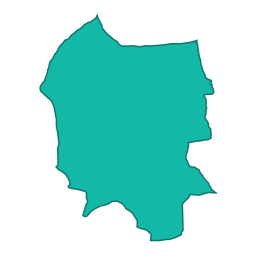 Middle Bush Tanna, Tafea, Vanuatu (Natural Earth projection)
{"feature_id": "77236927B24909731902413", "entity_name": "Middle Bush Tanna", "entity_type": "district", "adm_level": 2, "iso_a3": "VUT", "parent_name": "Vanuatu", "parent_adm1": "Tafea", "projection": "natural_earth1", "projection_center": [169.321, -19.465], "detail": "fine", "context": "isolated", "style": "filled", "palette": "teal", "viewbox_px": 256, "rotation_deg": 0, "n_neighbors": 0, "source": "geoboundaries", "source_scale": "gbopen_adm2", "svg_char_len": 3737}
<svg xmlns="http://www.w3.org/2000/svg" viewBox="0 0 256 256"><path d="M213.9,91.8L213.5,91.0L213.0,88.6L211.9,86.6L212.1,84.9L211.6,84.5L210.5,84.2L210.9,83.2L211.4,82.4L211.4,81.2L211.1,80.4L210.8,80.1L210.2,80.3L209.2,79.6L208.0,79.3L207.5,78.9L206.5,78.6L206.0,78.1L205.6,77.4L205.0,75.0L204.2,73.4L204.0,73.1L203.7,72.2L203.6,71.9L202.5,70.9L202.4,70.4L202.6,69.9L202.7,69.3L202.0,68.0L201.8,66.8L201.5,65.7L201.4,65.6L200.9,65.1L200.7,64.8L200.8,63.1L200.4,60.0L199.6,57.4L199.0,55.1L198.5,54.8L198.7,53.5L198.7,52.5L197.9,48.6L197.6,45.5L197.7,45.2L197.1,43.6L197.0,42.4L196.7,42.1L196.2,42.0L195.7,42.1L195.4,42.3L195.2,42.2L196.5,40.9L196.7,40.6L189.0,42.6L186.6,42.9L180.8,43.7L177.0,43.7L174.8,43.7L172.1,43.7L165.0,44.7L159.0,45.3L151.1,46.0L145.6,45.8L144.4,45.8L141.8,46.6L138.6,46.6L133.1,45.8L130.8,46.0L125.7,46.1L123.8,46.1L122.3,46.1L119.4,44.8L118.5,43.5L117.5,41.9L113.0,39.0L111.5,37.7L110.3,36.4L107.7,34.6L105.6,32.3L103.7,29.9L102.0,27.9L101.8,25.3L99.7,21.3L98.2,18.7L97.2,15.4L95.8,18.3L94.1,19.4L92.4,20.6L90.8,22.0L88.2,22.5L84.6,24.6L83.3,25.6L82.3,27.0L80.8,28.4L79.3,29.3L76.4,30.8L75.3,32.4L73.2,33.8L70.4,36.2L69.6,37.6L68.3,39.0L64.7,40.4L63.7,42.1L62.4,43.5L61.1,44.9L59.7,46.3L58.4,48.5L58.2,49.4L56.7,52.2L55.0,53.9L54.4,55.5L53.7,56.5L53.1,57.9L52.9,58.8L51.8,59.3L51.2,60.5L50.8,61.4L50.1,61.7L49.5,63.6L49.5,64.0L49.1,65.4L48.9,67.3L47.8,69.7L47.6,71.1L47.4,72.5L46.8,74.7L44.9,79.4L44.6,81.3L42.5,82.7L41.9,84.1L40.2,86.7L40.2,89.7L40.9,91.2L47.5,97.4L51.1,100.4L54.1,107.0L56.1,117.3L56.4,118.8L56.4,125.5L57.7,132.8L58.6,140.1L59.0,143.5L57.7,148.3L57.7,151.7L57.7,153.5L58.0,155.4L58.0,156.8L58.0,158.3L58.0,160.9L58.1,164.2L57.4,165.7L56.1,166.8L58.4,169.5L59.2,170.0L60.5,170.7L61.7,171.4L65.9,174.5L66.0,174.9L66.5,175.5L66.8,176.3L67.6,177.3L68.2,178.3L68.7,179.4L69.0,180.5L69.4,180.9L69.8,181.8L69.9,183.8L69.9,184.3L69.9,184.6L68.6,186.0L68.2,186.8L69.0,187.6L69.5,187.8L70.0,187.9L71.2,188.4L75.2,188.9L77.0,189.2L80.4,190.1L80.9,190.1L82.7,190.8L83.2,190.8L83.8,190.9L85.6,191.6L87.0,193.8L86.4,194.8L86.5,198.3L87.1,199.8L87.5,200.8L87.5,202.2L87.4,202.8L87.1,203.6L86.5,204.1L86.1,204.8L82.9,215.5L83.6,216.0L86.1,216.7L88.5,214.5L91.1,211.2L95.7,208.3L100.6,205.9L104.3,205.2L108.9,203.6L111.8,201.5L117.2,201.0L120.2,202.6L122.0,203.5L124.1,205.6L125.9,208.6L129.0,210.6L130.0,211.2L132.9,213.4L133.7,215.0L135.2,217.4L137.3,220.7L137.3,222.9L137.3,225.2L137.0,226.9L141.2,228.7L145.6,229.6L147.4,230.6L151.4,234.4L150.5,240.6L151.5,240.5L156.8,240.5L159.4,240.6L166.2,239.4L169.6,239.4L175.7,237.4L181.2,234.9L181.6,232.0L183.0,230.5L183.0,228.3L182.5,209.6L182.2,204.6L184.2,201.8L188.8,197.4L189.7,195.1L189.8,194.5L199.4,195.1L205.4,193.2L209.1,192.4L212.7,192.8L215.8,192.8L214.9,192.2L212.9,190.5L211.5,189.6L210.5,187.1L209.0,185.0L208.8,184.0L208.3,182.9L207.4,181.9L206.4,181.0L205.0,179.7L205.0,179.3L204.4,178.7L203.2,177.0L202.8,176.2L202.7,175.6L200.4,173.2L199.8,171.8L199.4,170.3L195.8,168.2L195.0,167.3L194.3,167.3L189.7,166.7L189.5,165.9L188.8,165.0L188.7,164.6L188.0,163.1L187.5,161.7L186.4,159.6L185.9,157.9L185.9,156.0L186.3,153.9L187.3,152.2L187.5,150.5L187.6,148.8L188.3,147.3L188.5,146.1L188.5,144.4L188.0,142.9L192.6,141.9L195.5,141.2L200.9,140.8L202.8,140.2L208.1,139.6L208.8,139.1L210.7,138.5L210.9,137.4L210.9,135.6L211.0,134.1L211.0,132.8L210.7,130.3L210.5,128.6L208.5,126.7L208.5,125.0L208.1,122.9L207.6,122.1L207.3,121.4L206.1,119.8L204.9,116.8L204.9,115.6L205.7,114.9L206.1,113.5L205.9,112.0L205.9,110.9L206.2,109.9L206.6,108.8L206.6,107.6L206.1,106.3L205.7,105.2L206.2,103.3L206.2,101.9L206.1,100.2L205.7,98.7L204.9,97.2L204.0,96.8L204.0,95.0L206.5,94.3L212.3,94.1L213.1,93.4L213.9,91.8Z" fill="#14b8a6" stroke="#0f766e" stroke-width="1.5"/></svg>